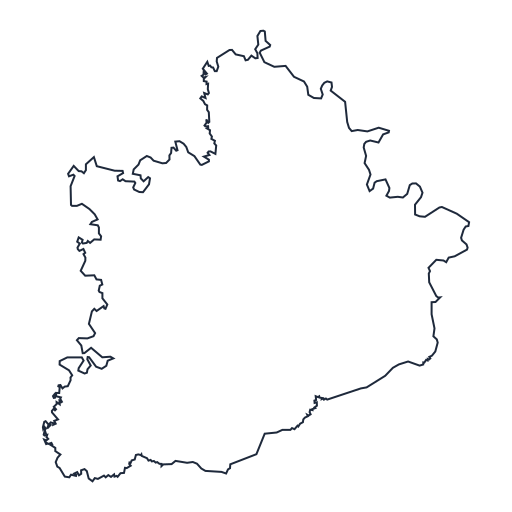 Ban Muang, Sakon Nakhon, Thailand (Albers equal-area conic projection)
{"feature_id": "78962969B64071020381099", "entity_name": "Ban Muang", "entity_type": "district", "adm_level": 2, "iso_a3": "THA", "parent_name": "Thailand", "parent_adm1": "Sakon Nakhon", "projection": "albers", "projection_center": [103.488, 17.919], "detail": "fine", "context": "isolated", "style": "outline", "palette": "slate", "viewbox_px": 512, "rotation_deg": 0, "n_neighbors": 0, "source": "geoboundaries", "source_scale": "gbopen_adm2", "svg_char_len": 5880}
<svg xmlns="http://www.w3.org/2000/svg" viewBox="0 0 512 512"><path d="M88.7,478.5L92.5,481.3L94.8,478.1L97.9,478.9L104.0,475.6L105.7,477.3L108.3,475.1L111.0,476.9L114.1,474.4L114.5,476.6L116.6,475.9L117.6,476.8L120.5,473.2L124.0,472.9L125.0,467.8L126.7,468.1L130.7,465.7L129.2,463.9L129.5,462.5L130.6,462.9L131.7,460.4L134.7,459.5L135.9,455.0L138.3,454.4L140.9,455.1L141.4,454.4L141.7,455.9L147.0,458.2L148.5,460.6L150.6,459.9L151.8,461.4L153.9,461.0L155.7,462.6L157.2,462.1L159.4,463.8L161.5,463.9L161.5,466.1L163.3,464.4L171.6,464.1L175.5,460.9L187.1,462.8L192.8,462.0L197.0,463.7L201.3,468.5L205.4,470.9L221.5,471.9L226.1,473.5L228.0,469.4L230.0,468.2L230.3,464.3L256.4,454.2L264.7,433.7L276.7,432.5L282.3,429.9L290.4,429.9L292.0,428.1L294.5,429.2L297.5,425.7L298.3,426.5L300.1,423.7L302.9,422.2L303.3,419.4L304.9,417.6L307.9,416.2L307.3,414.8L308.6,415.5L310.6,414.3L309.6,412.1L310.2,409.7L312.4,410.1L312.2,409.2L315.2,408.1L314.5,407.4L316.9,405.7L316.8,402.3L314.6,402.9L314.4,400.6L316.1,400.0L315.7,396.2L318.0,397.1L319.2,396.3L319.5,397.6L322.1,398.0L321.8,399.1L323.5,398.4L324.0,399.6L325.9,398.5L327.2,399.6L360.9,388.4L366.6,387.4L385.2,375.8L392.9,367.8L398.9,364.4L408.1,361.5L419.6,365.6L423.2,364.5L423.3,362.4L424.3,362.6L426.1,359.9L427.6,360.5L427.7,358.9L429.0,359.5L430.3,358.4L429.3,356.9L431.9,355.7L435.3,351.5L437.7,342.6L436.8,339.4L433.4,336.3L434.5,328.4L431.6,314.3L431.6,302.2L435.5,302.0L440.1,297.4L438.3,297.6L436.3,296.1L429.2,282.3L428.8,273.5L430.0,271.1L428.5,267.8L436.3,259.8L443.5,260.5L446.2,262.2L448.7,257.6L454.7,256.3L467.0,249.6L467.6,247.6L466.5,244.4L461.9,240.4L461.1,237.8L463.6,229.7L465.7,226.5L468.4,226.0L469.1,222.2L456.8,213.7L441.9,207.0L439.4,207.5L425.0,216.8L419.6,216.3L415.1,214.5L415.0,204.7L421.0,197.2L422.5,192.7L419.9,186.6L416.0,183.4L412.3,183.5L409.8,185.1L407.2,193.9L402.9,197.5L397.8,196.8L389.8,197.6L386.4,195.7L389.0,191.0L389.4,188.0L385.5,179.4L376.7,181.2L374.6,182.7L373.1,188.6L369.6,191.1L366.9,184.5L370.5,174.5L369.0,169.8L364.6,163.1L366.1,155.9L363.7,147.5L364.3,143.9L366.1,141.8L370.2,140.5L378.5,142.5L383.1,134.4L388.7,132.4L389.0,130.8L378.7,127.7L367.4,131.4L357.7,130.0L351.7,131.1L349.0,127.9L347.2,122.0L345.1,101.8L330.7,90.6L332.0,86.9L331.5,82.5L327.2,81.4L324.3,82.8L322.2,85.5L320.8,88.8L322.7,94.5L321.1,98.4L313.9,98.0L308.3,94.8L307.2,86.7L304.0,81.5L294.0,76.8L285.6,65.9L274.3,66.8L264.4,62.2L259.7,52.7L260.9,50.6L269.7,46.6L270.2,45.0L265.6,40.9L264.8,31.5L263.4,30.7L260.4,31.0L257.4,36.0L258.3,44.6L255.2,49.2L257.4,53.3L257.6,58.0L255.3,58.3L251.4,55.6L247.9,59.8L245.6,60.3L243.9,56.2L235.7,54.4L232.0,49.9L229.5,50.0L217.0,57.9L216.7,61.4L218.3,66.7L216.7,71.1L214.8,71.1L213.1,67.5L211.4,67.3L210.1,65.6L208.7,65.9L207.3,61.8L202.8,68.7L206.9,73.6L205.6,74.4L203.7,71.4L203.5,74.7L201.7,75.9L203.4,77.5L205.6,77.0L203.8,78.8L203.8,81.1L206.6,81.6L206.5,84.1L208.1,83.7L207.8,89.2L208.9,93.0L207.8,94.4L204.2,93.0L205.5,98.0L201.7,96.4L200.3,98.4L203.3,100.9L205.0,104.2L207.2,105.4L207.1,109.8L208.8,112.2L209.3,121.9L208.3,122.8L206.3,119.4L206.6,122.6L204.5,125.5L205.4,126.4L208.1,126.2L208.2,127.7L206.9,128.4L210.0,130.2L209.7,133.5L211.9,136.5L211.4,138.9L214.9,140.8L214.3,143.4L216.2,145.5L215.4,153.9L210.5,151.4L208.6,151.5L207.6,152.8L209.4,155.0L203.9,156.6L208.9,159.7L208.9,161.4L201.8,164.9L200.3,164.6L194.4,156.1L188.2,152.3L186.3,147.0L183.6,143.7L179.5,141.2L175.3,141.6L177.5,150.2L176.2,150.7L173.5,147.6L171.5,147.8L171.1,153.0L169.4,155.4L169.5,159.5L166.1,163.0L162.4,163.3L153.6,160.7L150.6,157.5L146.8,156.0L140.2,160.3L138.5,164.6L133.7,169.4L132.8,173.8L140.5,175.3L140.8,178.4L143.6,181.3L148.2,177.1L150.0,178.3L149.0,184.3L143.0,192.2L139.3,192.0L134.1,189.5L133.2,187.4L135.3,183.0L134.4,181.6L125.5,181.2L122.7,179.3L120.0,181.1L118.1,180.5L117.5,176.3L123.1,173.1L122.6,170.9L114.6,170.7L96.8,166.2L93.9,157.1L85.9,164.3L85.9,170.1L83.9,173.2L81.5,171.3L78.7,171.1L73.7,165.9L68.1,173.8L69.0,176.3L73.4,174.7L74.6,176.0L70.6,186.2L71.0,204.9L72.1,205.9L76.8,205.9L81.9,203.8L89.4,209.0L94.7,214.3L97.6,219.4L91.9,221.9L90.4,224.2L97.8,225.3L98.9,227.5L98.9,233.4L101.1,236.3L100.6,239.7L94.2,239.4L90.1,242.9L87.8,241.0L86.7,242.9L82.9,243.5L81.9,242.5L82.6,239.8L78.7,237.4L77.2,241.7L79.8,243.6L77.5,247.6L77.8,249.1L79.4,250.9L83.4,249.0L85.2,252.8L83.5,254.1L85.4,257.6L85.3,260.8L80.7,270.8L85.2,275.7L94.3,275.3L96.5,279.4L101.1,279.9L102.3,284.5L99.8,285.7L98.7,290.6L99.5,292.0L102.4,293.1L102.4,298.3L107.3,304.5L105.5,308.8L104.3,308.4L103.6,306.1L96.6,311.0L94.3,308.8L91.9,311.4L88.9,323.9L95.1,333.1L93.5,336.2L87.4,338.4L78.8,338.1L76.9,340.2L81.3,345.5L82.7,353.2L84.4,353.1L91.1,347.8L102.3,357.3L110.4,356.7L113.3,358.4L107.7,360.7L106.3,365.8L101.7,368.8L96.1,366.7L89.1,357.2L87.7,357.0L87.3,359.2L90.7,365.5L87.5,369.3L86.9,372.7L84.6,373.5L78.3,370.6L78.7,368.1L83.6,360.6L81.8,357.4L67.3,357.4L59.7,361.1L59.6,364.6L69.0,370.3L72.2,375.3L70.5,377.5L70.6,380.2L67.8,386.2L64.7,386.6L62.5,388.4L60.4,385.0L58.6,385.3L58.3,386.3L59.7,387.1L59.2,393.0L56.1,392.9L56.1,395.1L54.8,393.9L53.0,396.1L53.8,397.9L55.0,397.7L55.4,396.1L60.9,397.4L60.2,398.8L61.9,401.8L61.1,402.3L59.5,401.0L59.7,404.3L56.6,402.1L56.7,404.0L53.8,406.8L56.0,409.3L55.0,410.3L53.7,408.8L51.9,410.9L52.0,412.4L58.0,419.4L54.2,420.9L55.7,423.7L53.2,424.8L53.4,423.2L50.7,422.4L49.1,424.3L50.6,425.0L47.2,428.5L48.6,424.6L45.6,421.2L44.3,421.8L42.9,427.2L43.2,429.0L44.5,426.9L45.8,428.6L44.8,430.2L45.8,433.3L44.3,432.2L43.7,434.7L44.5,435.5L47.2,434.8L46.5,437.1L48.2,438.9L46.3,440.4L44.2,439.6L46.5,444.9L46.2,442.6L48.4,443.9L51.4,442.9L52.2,444.5L50.9,445.1L55.3,447.9L55.3,451.1L60.4,454.5L57.6,457.6L55.7,462.1L57.3,466.6L59.6,468.0L64.8,476.6L69.3,477.3L71.0,474.7L76.0,475.9L76.2,474.8L74.3,473.5L77.2,472.1L79.0,475.3L81.2,473.8L81.1,470.3L84.5,469.1L86.8,471.1L88.7,478.5Z" fill="none" stroke="#1e293b" stroke-width="2"/></svg>